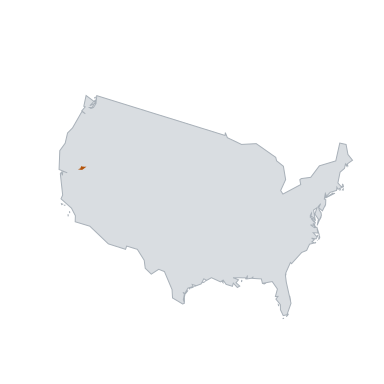 Storey, Nevada, United States of America shown in context, rotated 24°
{"feature_id": "52423323B43012688186735", "entity_name": "Storey", "entity_type": "district", "adm_level": 2, "iso_a3": "USA", "parent_name": "United States of America", "parent_adm1": "Nevada", "projection": "orthographic", "projection_center": [-119.576, 39.439], "detail": "fine", "context": "in_parent", "style": "filled", "palette": "amber", "viewbox_px": 384, "rotation_deg": 24, "n_neighbors": 0, "source": "geoboundaries", "source_scale": "gbopen_adm2", "svg_char_len": 4054}
<svg xmlns="http://www.w3.org/2000/svg" viewBox="0 0 384 384"><g transform="rotate(24 192 192)"><path d="M297.7,116.3L310.7,105.1L307.1,87.2L313.4,85.9L319.2,94.3L325.7,97.7L322.2,103.6L322.9,105.4L320.8,104.0L321.7,108.4L319.2,113.7L321.6,124.4L326.1,126.4L327.4,124.8L326.0,123.5L327.0,123.9L328.2,125.6L324.3,130.1L322.4,128.7L323.4,131.8L318.4,136.1L316.1,142.4L315.5,140.1L314.4,139.1L315.7,144.6L317.4,144.7L319.1,149.0L318.8,156.2L314.1,154.8L314.3,150.3L313.3,153.9L316.0,157.1L318.3,158.4L319.7,160.7L319.9,171.6L318.6,165.5L313.2,162.1L312.6,155.5L310.4,159.0L315.2,166.3L311.2,165.6L310.3,166.5L310.1,163.4L309.7,162.7L309.6,165.2L310.3,166.9L316.2,167.4L315.8,169.5L312.6,167.8L311.6,167.8L315.6,169.7L317.0,169.7L317.3,172.1L315.2,171.4L318.7,173.2L318.4,173.9L316.7,172.9L313.6,173.8L318.3,174.8L320.4,173.4L325.8,179.5L321.4,174.9L323.7,178.3L319.3,179.9L323.8,181.9L324.8,180.0L324.4,184.4L320.0,185.5L323.1,185.9L321.8,188.8L324.7,188.6L320.6,191.9L320.5,198.7L316.8,202.6L312.1,217.0L310.6,216.4L310.6,227.3L311.0,229.7L314.8,236.0L327.7,253.4L328.7,265.5L325.6,267.8L320.7,263.6L318.6,259.0L312.2,255.7L313.0,252.4L310.7,253.6L309.5,245.9L301.7,241.2L293.5,246.8L290.7,243.2L281.9,246.5L282.5,244.4L281.4,246.6L277.6,249.0L276.7,245.7L276.6,248.3L264.4,253.6L270.2,253.3L269.1,257.0L273.9,258.5L272.3,260.8L266.8,258.5L267.3,261.7L260.7,262.5L256.3,259.8L254.6,262.5L244.6,262.4L240.1,268.4L241.3,266.8L238.1,266.5L237.7,272.3L232.5,277.4L233.7,275.9L229.8,276.4L231.5,277.9L227.4,281.4L226.7,287.7L224.5,287.3L226.6,288.4L227.8,293.8L230.3,296.6L229.1,298.1L217.3,296.7L213.5,289.3L199.2,275.9L193.0,276.2L188.2,283.6L180.3,280.7L176.1,273.8L165.4,266.6L154.3,268.0L154.6,271.4L136.7,273.4L112.6,264.8L97.4,266.7L95.1,261.1L88.5,255.8L75.1,251.5L75.1,247.4L64.3,228.9L64.6,227.0L66.8,229.5L65.5,225.5L70.2,225.2L61.4,225.5L54.4,208.0L56.3,199.0L54.3,188.7L56.8,182.1L58.7,163.2L62.7,163.9L58.3,162.7L59.8,157.7L58.3,157.7L56.0,146.9L65.6,149.1L63.6,154.7L66.8,150.8L66.4,155.5L64.0,156.5L65.7,156.8L67.6,154.9L68.3,150.2L65.8,142.7L199.2,126.9L198.3,124.2L202.2,128.0L217.9,128.4L231.0,121.7L254.4,126.3L256.6,129.1L265.0,131.3L272.5,142.6L272.4,154.6L275.9,156.9L288.3,141.0L285.5,136.9L286.4,135.3L294.5,130.3L297.7,116.3ZM321.1,137.0L323.1,134.9L316.3,143.3L321.4,135.3L321.1,137.0ZM66.5,147.3L67.7,150.3L67.6,150.8L65.8,148.5L66.5,147.3ZM229.9,295.7L227.6,291.3L227.2,288.6L227.9,291.4L229.9,295.7ZM322.9,103.5L323.7,104.8L323.2,104.8L322.9,103.5ZM256.7,261.2L257.2,262.2L256.0,261.6L256.7,261.2ZM80.3,256.2L81.8,255.5L80.3,256.2ZM78.7,255.7L78.1,256.5L77.5,255.8L78.7,255.7ZM326.5,128.8L326.4,130.1L326.1,130.1L326.5,128.8ZM227.6,285.9L227.2,288.3L228.4,283.5L227.6,285.9ZM323.8,247.6L326.2,251.0L323.4,247.3L323.8,247.6ZM88.2,259.8L88.9,261.0L88.1,259.9L88.2,259.8ZM329.5,265.8L328.8,267.6L329.7,264.0L329.5,265.8ZM327.3,181.8L327.0,184.0L326.1,179.8L327.3,181.8ZM65.2,144.8L65.2,145.7L64.7,145.2L65.2,144.8ZM231.7,278.7L229.8,280.3L231.7,278.4L231.7,278.7ZM328.9,127.7L329.4,128.7L328.6,128.9L328.9,127.7ZM88.2,263.2L88.8,264.6L88.0,263.3L88.2,263.2ZM229.4,281.2L228.7,282.0L229.2,281.0L229.4,281.2ZM320.1,162.6L320.0,165.3L319.9,161.7L320.1,162.6ZM239.7,269.5L238.5,270.7L240.1,268.7L239.7,269.5ZM311.1,228.3L311.5,230.1L311.0,228.9L311.1,228.3ZM325.2,188.6L325.0,189.2L325.5,187.3L325.2,188.6ZM296.6,245.1L295.4,246.6L294.7,246.7L296.6,245.1ZM277.0,248.9L276.8,249.3L275.9,249.6L277.0,248.9ZM317.1,259.9L317.6,261.0L316.7,259.8L317.1,259.9ZM273.7,252.9L273.8,254.1L273.2,252.1L273.7,252.9ZM327.1,270.3L326.3,270.8L327.3,269.9L327.1,270.3ZM319.2,149.9L319.3,151.2L319.1,149.4L319.2,149.9ZM326.3,184.8L326.1,185.4L326.3,184.8Z" fill="#d9dde1" stroke="#a8b0b8" stroke-width="1"/><path d="M83.5,213.5L83.1,213.7L83.0,213.8L82.7,213.7L82.4,213.8L82.1,214.0L82.0,213.9L81.7,214.1L81.5,214.3L81.3,214.4L81.1,214.3L81.1,214.8L81.3,214.8L81.3,215.2L81.2,215.2L81.1,215.3L81.2,215.5L81.3,215.6L81.2,215.7L81.2,216.1L81.0,216.3L81.4,216.2L81.9,215.9L82.3,215.7L83.5,213.5Z" fill="#f59e0b" stroke="#b45309" stroke-width="1.5"/></g></svg>